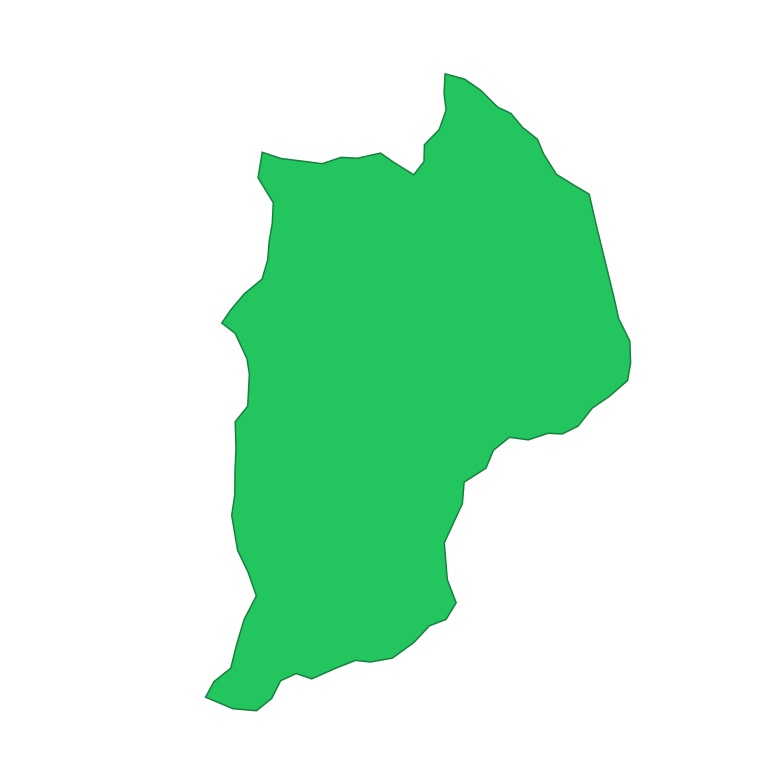 the district of Aspásia, São Paulo, Brazil, rotated 346°
{"feature_id": "56859067B95994041301511", "entity_name": "Aspásia", "entity_type": "district", "adm_level": 2, "iso_a3": "BRA", "parent_name": "Brazil", "parent_adm1": "São Paulo", "projection": "mercator", "projection_center": [-50.73, -20.184], "detail": "fine", "context": "isolated", "style": "filled", "palette": "green", "viewbox_px": 768, "rotation_deg": 346, "n_neighbors": 0, "source": "geoboundaries", "source_scale": "gbopen_adm2", "svg_char_len": 1178}
<svg xmlns="http://www.w3.org/2000/svg" viewBox="0 0 768 768"><g transform="rotate(346 384 384)"><path d="M621.2,439.5L628.4,423.2L632.9,401.8L627.5,377.2L628.1,355.2L628.4,279.8L629.0,249.5L615.8,236.4L602.0,222.3L594.5,199.3L592.1,183.7L580.4,168.4L572.6,152.1L561.2,142.8L548.9,122.4L536.0,107.7L518.3,97.8L512.6,116.6L510.5,133.2L499.1,150.5L481.1,161.6L476.6,177.9L463.5,188.2L447.3,171.5L436.5,159.1L412.8,158.5L397.2,153.7L377.4,155.3L338.7,140.3L321.9,129.7L311.7,153.3L320.4,181.4L314.4,201.3L307.2,217.5L301.2,235.4L291.1,252.7L270.4,262.6L253.3,275.0L241.3,285.6L251.8,298.7L257.2,326.5L255.7,342.1L246.4,372.5L230.5,384.6L224.8,410.8L218.2,433.1L212.5,455.2L204.4,474.7L201.7,510.1L206.5,533.1L208.9,558.7L191.2,578.8L177.4,602.2L166.6,622.6L147.1,631.6L135.1,644.7L158.8,662.5L181.3,670.2L199.0,661.9L211.9,646.9L228.7,643.7L242.5,652.6L269.5,647.9L289.6,645.3L303.3,650.4L325.8,652.0L350.4,642.1L369.6,629.6L387.3,627.4L401.1,613.7L398.1,589.1L404.1,552.6L431.1,519.1L438.0,498.6L462.6,490.3L474.2,474.7L492.8,466.1L510.5,473.1L531.2,471.5L545.0,475.6L562.1,471.8L580.4,457.7L599.9,450.4L621.2,439.5Z" fill="#22c55e" stroke="#15803d" stroke-width="1.5"/></g></svg>